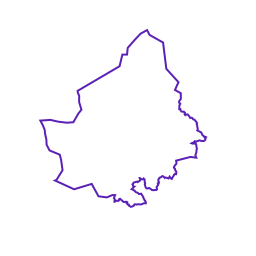 outline of Kynousa, Paphos, Cyprus, rotated 311°
{"feature_id": "46923920B40199798035412", "entity_name": "Kynousa", "entity_type": "district", "adm_level": 2, "iso_a3": "CYP", "parent_name": "Cyprus", "parent_adm1": "Paphos", "projection": "natural_earth1", "projection_center": [32.509, 35.034], "detail": "fine", "context": "isolated", "style": "outline", "palette": "violet", "viewbox_px": 256, "rotation_deg": 311, "n_neighbors": 0, "source": "geoboundaries", "source_scale": "gbopen_adm2", "svg_char_len": 2986}
<svg xmlns="http://www.w3.org/2000/svg" viewBox="0 0 256 256"><g transform="rotate(311 128 128)"><path d="M214.4,78.2L207.4,75.6L200.0,75.3L188.3,75.2L182.8,79.1L179.7,75.6L169.1,81.1L123.0,65.6L121.9,66.7L120.2,70.1L115.5,74.1L111.3,80.8L106.0,81.1L96.5,83.0L91.8,78.3L87.0,71.2L83.2,64.1L76.1,57.0L74.1,62.1L71.9,66.4L69.4,69.0L65.7,74.0L62.0,77.5L59.6,83.5L63.1,94.0L60.1,98.4L53.2,106.3L41.9,108.1L40.5,107.4L46.4,127.5L62.0,137.3L57.1,150.5L61.7,157.5L67.1,160.2L68.9,162.3L65.8,163.4L65.5,164.8L63.8,165.8L63.5,166.1L63.9,166.4L64.5,166.8L65.3,166.7L66.1,167.6L66.4,168.1L66.6,168.6L67.2,168.6L67.8,168.5L68.6,168.0L68.8,168.0L69.4,168.5L69.3,169.7L69.4,171.6L69.2,172.3L69.4,173.5L71.3,175.1L71.6,176.1L71.2,176.5L70.3,176.5L70.2,177.2L70.1,177.9L70.7,178.9L70.0,179.5L70.1,180.0L70.3,181.7L70.4,181.9L71.2,182.5L73.4,183.4L74.2,183.0L74.8,183.1L75.4,183.9L75.8,184.6L77.1,185.7L77.9,186.7L78.8,188.0L79.5,188.4L81.7,189.4L82.7,190.8L83.2,190.7L83.4,190.3L83.7,190.1L84.0,189.6L84.1,188.8L84.4,188.5L84.5,188.4L84.4,187.8L84.5,187.4L85.1,186.3L85.4,185.3L85.9,184.9L86.1,184.1L87.1,181.1L85.3,179.6L85.5,178.0L84.7,176.0L85.1,174.0L84.7,173.3L84.7,172.2L84.3,170.9L85.8,171.1L87.8,171.2L87.5,170.8L87.5,169.9L88.2,169.2L88.4,168.3L90.7,168.2L93.6,170.1L93.5,170.8L94.9,171.2L95.5,171.5L96.8,171.4L97.9,169.6L98.0,169.7L98.0,171.6L98.6,172.4L99.2,173.0L100.1,172.9L100.1,174.2L97.7,176.6L97.6,177.2L96.4,177.7L94.8,180.3L94.5,181.5L95.4,182.7L96.6,183.2L96.8,184.6L96.9,185.6L96.9,186.7L97.7,188.0L98.4,188.6L99.9,190.1L100.9,190.0L101.6,189.1L101.9,188.6L102.4,188.2L102.9,188.2L104.1,188.2L104.6,188.1L105.6,187.0L106.2,187.5L106.6,187.0L106.8,187.2L107.3,187.1L108.2,185.2L110.1,184.4L110.5,184.7L111.7,184.6L112.5,185.2L114.3,185.5L114.7,187.0L114.4,188.5L115.1,188.7L115.8,189.8L116.5,191.7L118.6,191.3L118.1,193.2L118.3,194.5L118.7,194.4L119.3,194.1L120.8,193.9L122.1,193.7L122.9,193.4L123.2,193.7L124.4,193.6L124.8,194.5L126.1,193.7L126.7,193.2L127.1,191.4L128.1,190.1L127.9,189.6L128.4,188.4L130.5,187.9L131.7,188.0L132.4,188.0L133.4,187.6L134.2,186.6L134.9,185.7L147.1,194.1L150.4,199.0L151.6,196.8L152.8,196.2L154.8,195.4L156.1,194.3L157.7,193.5L159.0,191.6L160.0,190.7L160.7,189.2L159.6,188.2L159.2,187.5L158.6,187.0L158.2,186.0L158.9,186.2L159.6,186.8L161.2,187.2L161.9,187.1L162.4,188.3L165.6,190.1L166.5,192.2L168.0,193.8L169.8,194.1L170.7,193.3L171.4,193.3L171.1,192.4L171.2,191.8L171.9,192.0L171.6,191.4L171.5,188.9L172.7,186.1L171.6,181.9L172.5,181.7L173.9,180.3L174.6,179.2L175.5,178.3L175.9,177.3L176.9,177.0L177.3,176.1L177.5,174.8L177.9,172.9L177.3,171.4L177.7,170.0L177.4,169.1L176.4,168.4L176.9,166.8L177.3,165.2L177.4,164.1L176.5,163.3L175.3,162.9L175.6,161.5L176.9,161.1L176.9,159.3L176.2,158.7L175.5,157.4L175.9,155.8L176.6,155.2L175.9,154.3L178.7,152.0L180.0,151.7L180.6,151.5L180.7,149.8L182.0,149.0L184.6,148.8L188.9,145.0L187.5,138.5L195.7,136.0L197.8,118.1L215.5,98.4L212.4,83.2L214.4,78.2Z" fill="none" stroke="#5b21b6" stroke-width="2"/></g></svg>